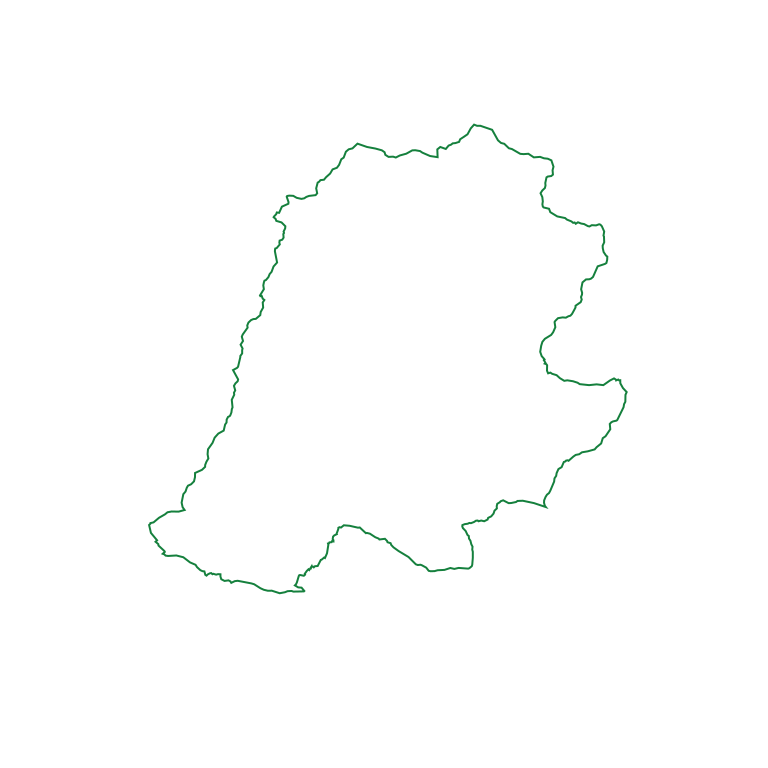 Tarcau, Neamt, Romania (orthographic projection), rotated 225°
{"feature_id": "2599482B98949389142671", "entity_name": "Tarcau", "entity_type": "district", "adm_level": 2, "iso_a3": "ROU", "parent_name": "Romania", "parent_adm1": "Neamt", "projection": "orthographic", "projection_center": [26.145, 46.778], "detail": "fine", "context": "isolated", "style": "outline", "palette": "green", "viewbox_px": 768, "rotation_deg": 225, "n_neighbors": 0, "source": "geoboundaries", "source_scale": "gbopen_adm2", "svg_char_len": 6154}
<svg xmlns="http://www.w3.org/2000/svg" viewBox="0 0 768 768"><g transform="rotate(225 384 384)"><path d="M487.3,640.2L498.5,634.7L500.7,632.4L503.7,631.1L503.4,626.1L501.5,619.6L503.2,610.9L502.1,608.3L503.9,604.8L505.6,602.7L505.8,600.7L506.9,598.3L506.5,593.9L511.8,591.4L512.2,587.6L506.5,582.3L512.6,577.8L520.5,574.7L523.2,574.2L527.2,571.4L529.2,569.2L531.1,562.6L534.4,556.8L535.8,552.5L538.3,551.2L541.4,547.8L545.1,547.0L547.5,548.3L550.8,547.7L556.6,544.4L563.6,539.6L572.7,535.2L572.9,528.3L574.9,525.0L575.2,521.3L572.6,515.6L573.1,512.7L570.7,507.2L570.2,503.6L572.1,499.4L570.9,494.7L571.2,489.3L570.9,486.0L573.1,483.2L572.9,481.2L573.3,479.5L570.3,474.4L566.1,471.6L565.9,469.2L570.0,464.0L571.2,461.4L571.7,458.9L573.3,456.5L577.4,453.9L581.2,452.9L584.2,450.2L585.4,448.5L585.2,447.6L580.1,445.1L579.1,443.8L581.6,437.2L579.2,430.9L581.1,429.5L580.3,427.8L580.2,424.6L580.0,423.9L577.4,424.1L575.5,423.2L570.7,425.8L565.3,425.8L563.9,424.1L562.8,420.8L561.5,420.1L561.2,418.8L558.5,416.5L558.0,414.1L559.2,411.6L558.0,410.0L556.4,409.0L556.0,404.2L556.7,402.9L556.2,402.1L555.0,400.7L545.5,394.3L545.2,389.0L542.8,383.8L542.6,380.9L541.3,377.8L541.0,374.1L541.6,372.5L540.9,371.1L539.1,368.4L536.0,366.1L534.3,358.9L533.5,358.7L532.8,359.8L530.1,358.6L528.0,358.8L527.4,355.9L523.5,352.6L522.1,347.7L520.2,345.2L520.7,339.4L522.3,337.5L523.2,335.2L523.3,331.6L522.1,328.7L520.3,327.4L518.9,319.1L518.0,316.9L514.1,314.7L513.2,310.4L509.1,309.1L508.3,307.7L505.9,305.3L505.4,302.2L504.6,301.4L499.4,293.0L499.3,291.5L500.6,287.1L490.4,284.1L489.4,282.4L489.5,279.4L488.8,276.6L484.7,274.3L483.9,271.7L482.3,270.5L480.5,265.2L474.6,260.4L473.8,258.6L471.8,256.0L470.6,253.3L470.4,252.2L471.0,250.4L470.1,247.6L468.1,245.4L467.7,243.0L464.4,237.7L466.1,231.8L465.8,226.3L463.6,221.1L462.3,213.4L459.1,209.6L455.5,207.1L454.6,203.5L453.2,200.3L451.9,198.9L452.0,194.6L454.7,187.5L451.8,184.5L449.5,180.8L449.5,176.7L450.7,173.5L450.1,171.2L448.3,167.6L448.0,164.2L443.2,157.0L439.3,154.5L435.9,153.9L439.0,148.5L444.0,143.7L446.4,140.2L446.7,137.0L448.5,130.3L449.1,123.2L450.8,120.5L450.4,120.0L450.4,118.2L443.5,113.9L433.9,113.0L434.0,110.9L430.4,111.2L429.2,110.3L421.2,110.6L420.3,110.3L420.4,107.5L418.9,108.2L417.1,108.2L415.1,109.7L409.6,115.9L403.4,119.6L395.0,120.7L389.4,122.9L386.7,122.3L382.2,122.5L380.0,123.3L378.5,124.5L375.4,122.7L374.0,123.0L374.0,124.7L373.3,126.9L372.5,128.1L370.8,128.2L370.5,129.1L367.9,130.5L366.9,132.2L365.1,133.8L363.5,132.2L361.0,130.9L357.5,132.0L355.1,135.2L353.0,135.8L351.4,135.4L350.1,139.1L348.3,141.4L336.8,149.2L334.2,150.6L327.0,152.2L323.5,153.5L319.9,155.7L317.2,158.5L309.8,162.3L306.8,166.7L305.7,169.3L303.0,172.3L301.3,173.1L294.0,180.7L294.0,181.3L298.3,181.7L300.9,179.5L304.6,178.6L304.6,180.1L305.3,182.1L308.5,188.0L308.7,189.0L308.0,189.8L305.1,191.7L305.0,193.4L305.8,193.7L306.4,197.2L306.4,199.6L305.3,199.6L306.2,203.7L305.8,203.4L306.0,204.1L305.3,204.6L304.0,204.7L304.0,206.3L302.2,208.4L304.3,214.9L303.9,215.6L303.6,219.0L302.7,219.2L304.6,224.0L309.7,231.0L310.8,231.6L310.3,232.4L310.6,233.4L309.2,235.1L309.6,236.1L308.4,236.9L309.3,237.8L310.6,238.0L312.1,240.1L312.1,241.8L311.2,244.4L311.6,244.5L313.8,249.2L314.6,250.1L314.2,251.3L312.9,252.1L312.5,255.7L308.1,259.4L300.8,264.0L299.7,265.4L291.3,265.7L290.8,266.6L288.1,268.2L281.8,269.5L278.5,270.9L277.3,270.8L273.9,275.2L270.9,275.2L269.6,274.6L266.8,276.1L265.0,275.3L261.8,275.2L255.6,276.2L244.3,279.0L234.0,279.0L232.1,279.9L230.4,282.0L229.1,282.6L224.3,284.0L220.3,283.5L218.6,284.6L215.9,287.5L214.4,290.2L209.8,295.3L207.0,300.8L203.5,303.0L201.2,306.7L193.9,313.0L193.4,314.1L193.1,317.2L193.8,318.6L198.3,323.9L202.6,328.2L204.5,329.3L206.4,331.6L208.9,332.4L212.1,334.3L214.6,334.8L216.6,336.5L218.2,336.3L222.3,337.8L226.3,337.9L228.0,338.7L228.8,339.7L227.8,342.0L226.0,344.4L225.4,346.1L224.1,347.1L222.8,350.0L222.3,352.4L221.2,353.7L220.1,353.8L218.7,356.2L216.1,357.8L214.9,361.4L215.7,363.0L214.6,366.2L214.9,369.8L216.3,372.6L216.2,375.8L217.9,377.3L219.2,379.4L218.5,382.3L218.6,383.6L217.5,386.0L211.6,387.9L209.9,389.8L207.2,393.9L206.9,395.7L203.3,399.6L193.8,405.8L182.6,411.4L184.1,411.6L186.8,413.1L188.5,415.0L189.9,418.4L190.5,421.0L190.2,423.6L191.0,426.2L194.7,435.3L196.7,437.8L197.3,440.8L198.9,443.0L200.5,447.2L199.6,450.8L201.7,456.0L201.0,457.5L201.1,458.6L200.2,459.9L199.2,460.2L198.8,466.5L198.3,469.4L196.3,472.4L195.7,475.7L192.3,480.5L188.8,486.7L189.0,489.7L188.4,495.5L191.0,500.4L190.4,503.7L192.0,512.0L196.1,515.4L196.2,517.7L195.6,519.5L193.7,522.5L193.6,523.5L198.2,537.0L200.0,539.5L200.8,542.1L205.6,547.1L206.7,549.9L212.2,550.1L217.4,551.6L219.6,553.7L220.3,552.8L221.5,552.8L222.4,550.7L223.0,551.1L225.3,550.6L226.7,546.3L228.1,538.3L233.4,534.1L238.2,528.2L245.5,522.3L248.0,521.8L252.3,519.6L257.0,516.2L258.8,513.7L263.8,512.5L268.2,512.3L272.3,510.1L274.4,509.7L275.5,507.6L278.2,508.7L281.9,512.6L283.2,512.8L284.7,512.1L284.7,513.1L287.3,513.8L287.6,514.5L288.0,514.1L288.7,515.0L292.2,515.2L296.3,517.2L299.9,522.2L301.8,525.8L302.2,529.7L300.5,536.9L301.0,540.2L303.0,545.3L307.2,548.4L307.5,549.7L307.5,553.6L304.8,557.4L302.3,559.5L301.5,562.3L300.5,564.1L300.6,566.5L301.9,571.0L302.7,573.5L303.9,574.8L302.8,581.0L303.9,583.5L306.2,584.8L307.2,587.2L308.4,588.6L311.6,590.4L315.5,596.2L315.1,600.8L312.9,603.2L312.1,604.9L311.9,607.5L316.1,618.3L312.7,625.1L312.3,626.8L314.0,629.6L316.2,632.0L317.8,631.8L322.0,632.6L325.3,634.7L327.2,636.4L328.5,639.9L332.7,643.8L333.7,644.1L336.1,647.5L341.5,649.6L343.6,649.7L344.8,649.1L346.2,646.1L349.4,643.2L350.1,640.7L351.5,639.8L355.6,638.6L358.0,636.9L361.2,635.5L361.7,632.9L363.4,633.0L364.2,631.7L366.4,631.5L370.9,629.6L373.3,629.4L380.0,625.0L387.9,623.1L391.2,624.6L396.0,621.7L397.2,621.8L399.1,623.1L400.8,625.4L404.2,628.1L408.2,629.6L408.9,632.8L408.8,636.3L410.1,638.5L412.1,640.2L415.2,645.0L414.9,646.5L412.8,649.3L412.6,651.5L416.0,654.4L417.8,657.5L423.8,660.5L427.5,659.1L430.5,656.7L434.2,655.0L438.3,650.2L444.7,648.9L447.8,645.3L450.4,643.1L459.7,640.6L462.4,639.0L468.8,638.9L471.7,637.2L475.7,636.9L487.3,640.2Z" fill="none" stroke="#15803d" stroke-width="2"/></g></svg>